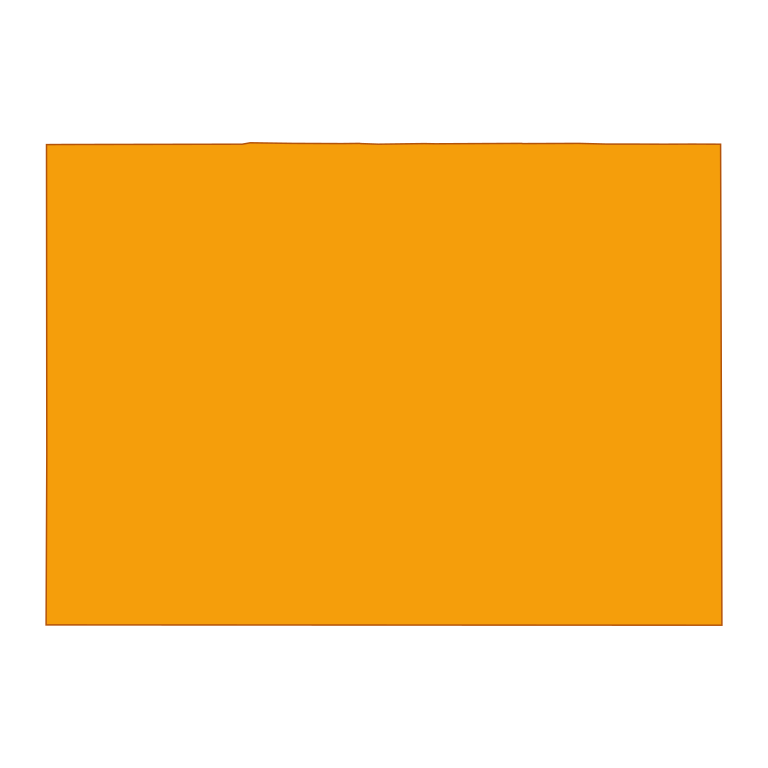 outline of Dickinson, Iowa, United States of America
{"feature_id": "52423323B9004969002795", "entity_name": "Dickinson", "entity_type": "district", "adm_level": 2, "iso_a3": "USA", "parent_name": "United States of America", "parent_adm1": "Iowa", "projection": "mercator", "projection_center": [-95.113, 43.378], "detail": "fine", "context": "isolated", "style": "filled", "palette": "amber", "viewbox_px": 768, "rotation_deg": 0, "n_neighbors": 0, "source": "geoboundaries", "source_scale": "gbopen_adm2", "svg_char_len": 463}
<svg xmlns="http://www.w3.org/2000/svg" viewBox="0 0 768 768"><path d="M720.6,144.2L720.2,144.2L692.1,144.1L663.9,144.2L635.5,144.1L606.9,144.1L578.7,143.4L550.6,143.5L522.8,143.6L521.6,143.4L435.3,143.8L424.3,143.6L378.3,144.2L360.6,143.6L359.8,143.4L341.9,143.6L292.8,143.4L250.2,142.8L241.7,144.3L241.4,144.2L65.1,144.5L64.3,144.5L46.5,144.6L46.8,454.6L46.1,624.9L721.9,625.2L721.5,456.1L720.6,144.2Z" fill="#f59e0b" stroke="#b45309" stroke-width="1.5"/></svg>